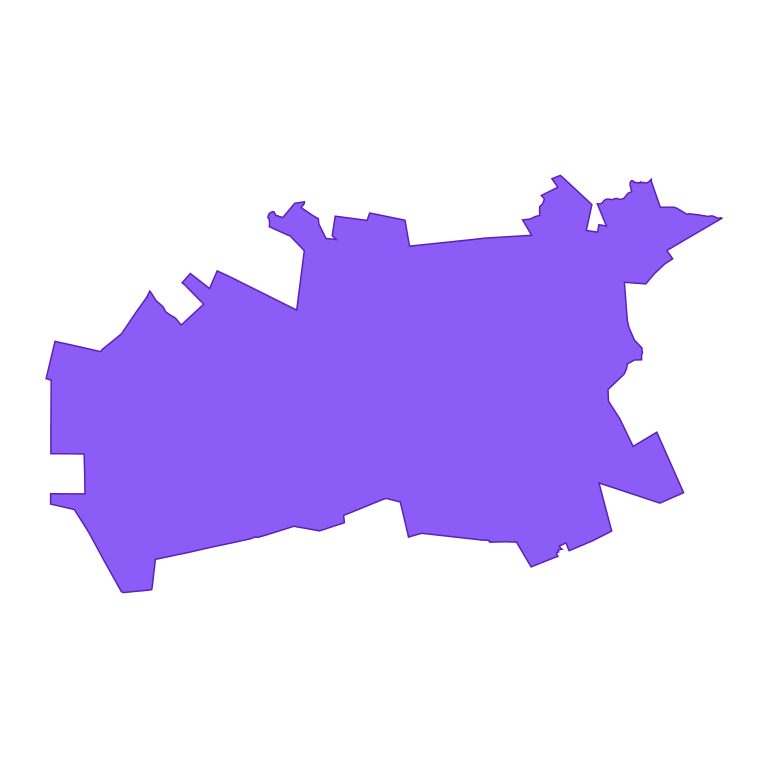 the district of Opodepe, Sonora, Mexico
{"feature_id": "50627088B76508997852309", "entity_name": "Opodepe", "entity_type": "district", "adm_level": 2, "iso_a3": "MEX", "parent_name": "Mexico", "parent_adm1": "Sonora", "projection": "albers", "projection_center": [-110.689, 30.036], "detail": "fine", "context": "isolated", "style": "filled", "palette": "violet", "viewbox_px": 768, "rotation_deg": 0, "n_neighbors": 0, "source": "geoboundaries", "source_scale": "gbopen_adm2", "svg_char_len": 5565}
<svg xmlns="http://www.w3.org/2000/svg" viewBox="0 0 768 768"><path d="M683.6,492.7L656.8,432.2L633.1,446.4L619.9,418.9L608.5,401.2L608.0,389.6L624.3,373.9L626.5,368.8L627.4,363.9L634.5,360.0L641.6,359.8L641.6,355.8L641.6,354.9L641.9,354.1L642.4,353.0L642.5,352.1L642.1,351.2L642.0,350.5L642.1,349.1L642.0,348.4L641.8,347.8L634.4,340.1L629.0,327.7L627.3,320.3L624.4,282.3L645.8,283.9L654.2,273.9L664.9,263.8L672.7,258.8L666.9,250.5L685.5,239.5L711.0,224.6L721.9,218.3L721.7,218.1L721.3,217.9L721.1,217.8L721.0,217.7L720.9,217.7L720.3,217.8L719.9,217.9L719.5,218.0L719.2,218.1L718.9,218.2L718.5,218.3L718.3,218.3L718.0,218.3L717.8,218.2L717.6,218.1L716.3,217.5L715.5,217.2L714.1,216.6L713.8,216.5L713.5,216.4L712.6,216.0L712.2,215.9L711.7,215.9L711.3,216.0L710.6,216.0L709.4,216.2L708.4,216.3L707.5,216.4L706.7,216.3L706.2,216.3L706.0,216.2L705.7,216.1L705.0,215.9L704.7,215.8L704.5,215.7L704.3,215.7L703.9,215.7L703.2,215.7L702.4,215.6L701.4,215.4L700.3,215.1L699.0,214.9L688.5,213.7L687.1,214.4L676.8,208.2L673.7,207.2L660.3,207.2L651.3,181.3L651.3,179.2L650.9,179.5L650.5,180.2L650.0,180.6L649.1,181.6L647.7,182.4L646.9,182.8L646.2,183.0L645.3,183.0L644.4,182.5L644.2,182.6L643.9,182.6L643.6,182.6L643.1,182.6L642.8,182.6L642.5,182.5L642.4,182.4L642.2,182.4L641.9,182.5L641.7,182.7L641.6,182.8L641.4,182.9L641.2,182.7L641.0,182.4L641.0,182.2L640.9,182.0L640.8,181.9L640.7,181.9L640.6,182.1L640.3,182.3L640.2,182.4L640.2,182.5L640.0,182.9L639.9,182.9L639.7,183.0L639.6,182.9L639.4,182.8L639.3,182.7L639.2,182.7L638.9,182.6L638.6,182.6L638.3,182.7L638.2,182.8L637.9,182.8L637.7,182.7L637.3,182.6L637.1,182.6L636.9,182.6L636.7,182.6L636.3,182.5L636.2,182.5L635.9,182.5L635.7,182.7L635.4,182.5L635.2,182.5L634.4,182.4L634.3,182.1L634.2,181.9L633.9,181.9L633.7,181.8L633.4,181.7L633.2,181.5L633.0,181.1L632.9,180.8L632.8,180.7L632.6,180.7L632.4,180.8L632.2,180.9L631.9,180.8L631.4,180.7L631.1,181.2L630.6,181.7L630.2,182.5L630.1,183.3L630.1,184.0L630.1,185.4L630.2,185.9L630.6,186.9L630.9,188.1L631.0,189.2L631.1,189.7L631.4,190.7L631.6,191.2L631.6,191.6L631.2,192.0L630.7,192.2L630.0,192.4L628.8,192.9L627.9,193.4L627.2,194.2L626.5,195.1L625.5,196.3L625.0,197.0L624.2,197.9L623.0,198.8L622.4,199.0L620.8,199.3L619.7,199.3L619.2,199.2L618.5,199.0L617.5,198.6L616.3,198.5L615.4,198.6L614.8,198.7L614.0,199.0L613.4,199.2L612.6,199.5L612.2,199.7L611.8,199.7L610.1,199.3L608.8,199.2L607.7,199.1L606.9,199.1L606.1,199.3L605.4,199.7L604.3,200.3L603.3,201.3L602.6,202.6L601.8,203.2L601.2,203.4L600.5,203.6L599.6,203.9L598.5,204.0L597.3,203.8L606.4,226.0L598.9,224.7L597.6,232.1L586.3,230.5L591.9,204.6L564.1,178.7L560.4,175.4L551.9,178.7L557.9,187.2L541.3,195.5L544.1,198.5L544.1,200.0L543.4,201.9L542.7,203.7L541.0,205.4L539.6,206.6L539.7,215.4L535.4,216.5L530.2,219.0L522.6,219.9L522.9,220.4L529.6,231.9L531.6,235.3L484.9,238.1L474.0,239.4L409.5,246.1L405.0,220.2L369.7,213.0L367.1,220.4L335.2,216.2L332.2,235.8L336.2,239.5L326.0,238.5L318.9,224.1L318.3,218.6L316.6,217.7L314.1,216.3L312.3,215.2L301.1,207.6L304.3,203.6L304.4,201.8L294.7,203.3L282.8,217.6L281.0,216.9L280.6,216.8L280.1,216.8L278.6,216.3L278.1,216.0L277.9,215.8L277.7,215.7L277.4,215.7L276.8,215.6L276.3,215.7L275.9,215.6L275.6,215.3L275.6,215.0L273.9,211.8L273.5,211.8L272.9,211.7L272.3,211.7L272.1,211.9L271.9,212.0L271.7,212.1L271.2,212.4L270.7,212.5L270.3,212.8L269.9,213.1L269.6,213.4L268.8,214.3L268.5,215.1L268.4,215.4L268.3,215.7L268.1,216.1L268.0,216.7L268.0,217.4L268.2,218.0L268.9,218.7L269.2,218.9L269.3,219.2L269.3,219.4L269.3,220.1L269.3,220.5L269.4,221.1L269.5,222.4L269.6,223.4L269.5,224.5L269.5,225.2L269.3,226.7L272.3,228.1L288.5,235.4L290.1,235.8L293.0,238.9L304.3,250.7L296.7,310.1L227.7,275.7L217.2,270.9L209.6,288.5L190.3,273.5L182.1,282.8L184.5,284.6L203.7,304.2L181.2,325.1L176.8,319.7L176.3,319.1L175.2,318.0L174.0,317.2L172.5,316.3L170.4,315.1L166.6,312.5L165.6,311.6L165.1,310.9L164.6,309.7L164.0,308.5L163.4,307.4L162.7,306.5L156.2,300.7L150.5,291.9L149.8,291.1L147.2,296.3L147.2,297.3L146.6,297.3L145.8,298.6L137.7,309.9L135.8,312.6L132.1,318.1L121.5,333.8L110.4,342.9L102.4,349.3L100.6,351.6L72.3,345.2L55.0,341.4L48.6,368.3L46.1,378.6L51.2,380.2L51.0,412.3L51.0,418.0L50.9,424.3L50.9,453.7L72.0,453.8L75.8,453.9L84.2,454.0L84.5,467.8L84.7,475.4L85.0,493.9L72.3,493.9L50.7,493.7L50.6,497.4L50.6,499.7L50.6,504.1L70.0,508.5L74.3,509.5L81.8,521.3L84.8,526.0L88.9,532.7L90.9,536.3L98.4,550.1L103.0,558.7L103.2,558.9L104.5,561.5L105.8,563.7L121.4,591.7L122.5,592.2L123.3,592.6L125.2,592.4L136.0,591.3L143.9,590.6L147.9,590.2L150.3,589.9L151.3,589.8L151.7,589.4L152.0,588.7L152.0,588.1L152.4,585.2L155.4,559.4L166.7,557.0L176.9,554.8L184.4,553.3L187.7,552.6L207.4,548.1L214.2,546.6L227.9,543.7L233.5,542.5L244.0,540.2L251.5,538.5L254.5,537.0L254.9,537.3L258.0,537.2L259.3,537.0L266.5,534.9L294.1,526.2L297.1,526.9L305.9,528.4L319.5,530.9L344.4,522.7L343.6,515.4L359.7,508.9L372.2,503.8L377.9,501.5L382.5,499.6L386.2,498.4L400.3,502.0L402.4,510.9L404.9,521.4L406.5,528.2L406.5,528.5L407.3,531.5L407.4,532.0L407.7,533.3L408.5,537.1L417.0,534.6L421.9,533.3L482.4,540.1L488.1,540.2L488.3,540.4L488.6,540.7L488.7,541.0L488.9,541.1L489.5,541.1L489.9,541.3L490.1,541.4L490.0,542.1L490.4,541.9L490.9,541.9L491.5,542.2L492.2,542.1L504.7,541.8L516.5,542.1L531.1,566.9L555.4,557.2L557.9,556.5L557.0,554.7L556.8,552.6L558.7,551.9L558.4,551.0L558.4,550.2L558.3,549.7L559.4,549.6L562.0,549.2L560.4,548.0L559.8,546.7L559.1,546.2L565.9,543.0L566.5,544.0L568.5,549.4L569.2,550.7L592.1,541.0L611.7,531.1L599.0,483.0L659.9,503.1L683.6,492.7Z" fill="#8b5cf6" stroke="#5b21b6" stroke-width="1.5"/></svg>